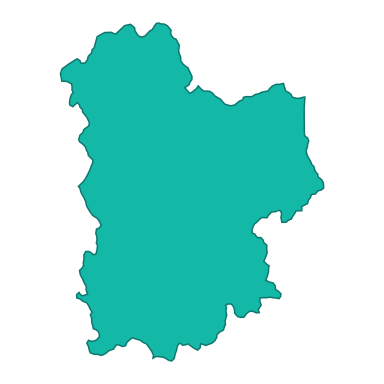 Afonso Cláudio, Espírito Santo, Brazil (Albers equal-area conic projection)
{"feature_id": "56859067B17635890809013", "entity_name": "Afonso Cláudio", "entity_type": "district", "adm_level": 2, "iso_a3": "BRA", "parent_name": "Brazil", "parent_adm1": "Espírito Santo", "projection": "albers", "projection_center": [-41.127, -20.089], "detail": "fine", "context": "isolated", "style": "filled", "palette": "teal", "viewbox_px": 384, "rotation_deg": 0, "n_neighbors": 0, "source": "geoboundaries", "source_scale": "gbopen_adm2", "svg_char_len": 4526}
<svg xmlns="http://www.w3.org/2000/svg" viewBox="0 0 384 384"><path d="M62.3,68.6L60.4,73.6L61.3,77.9L61.8,81.2L65.5,81.3L67.8,81.8L71.6,84.0L72.1,87.2L72.0,90.0L73.2,92.6L71.6,94.3L70.1,98.3L69.5,102.4L69.8,105.0L72.8,106.7L75.3,104.4L77.6,102.5L79.4,105.0L80.2,107.5L82.5,109.6L82.5,112.0L84.5,114.3L87.0,117.6L88.1,119.9L89.5,123.4L88.3,126.4L85.8,128.0L83.8,129.6L82.9,132.5L79.9,135.2L78.7,139.8L80.0,142.2L82.3,143.7L85.2,146.6L86.4,149.9L87.8,152.6L88.3,155.3L90.4,157.7L92.9,159.8L92.6,163.1L91.5,165.5L90.1,169.3L87.8,174.3L85.2,179.1L83.0,182.0L80.8,184.1L78.4,186.4L80.0,188.4L80.7,191.6L82.4,195.1L84.1,197.9L85.8,202.0L86.5,205.6L88.0,208.4L90.4,212.4L92.2,214.8L94.5,216.8L96.6,217.7L98.8,220.4L101.2,225.1L99.4,227.8L96.5,229.1L95.8,233.3L96.9,236.8L97.0,239.9L96.3,243.0L97.5,245.5L97.1,249.1L96.1,253.6L93.7,254.9L91.6,253.1L89.1,251.5L85.8,251.5L83.9,254.7L84.0,258.9L83.3,262.4L83.5,265.6L82.0,268.1L79.5,270.5L80.4,275.0L82.6,279.0L84.2,282.8L86.3,286.4L86.1,289.8L87.6,294.1L85.3,294.9L82.6,295.9L80.4,294.5L79.0,292.4L76.6,294.7L76.8,298.0L79.9,298.9L82.9,301.2L87.0,303.0L89.0,306.4L90.2,309.3L92.2,312.1L90.4,314.6L91.6,318.4L91.8,322.4L92.8,326.1L93.3,328.7L96.0,329.7L98.2,331.4L99.2,333.8L99.4,336.6L97.2,339.3L95.1,340.7L91.5,341.4L88.6,340.3L86.8,343.1L88.5,346.5L89.3,350.2L90.2,352.7L94.5,354.4L97.7,354.4L101.3,355.4L103.9,354.4L106.5,352.9L108.4,351.0L110.9,350.0L113.4,349.2L115.0,346.7L116.9,344.6L119.4,345.2L122.5,346.5L125.5,345.8L126.9,342.4L130.0,339.5L132.4,337.8L136.2,339.1L140.1,340.2L143.3,342.5L146.3,343.8L148.0,345.9L149.7,348.4L151.7,351.3L153.5,355.2L153.0,358.2L155.9,356.5L159.2,356.7L163.3,357.2L165.9,358.5L168.4,360.1L171.7,361.0L174.3,358.4L175.1,354.3L176.6,350.0L177.1,346.9L178.3,344.3L180.5,343.2L182.4,345.2L185.4,344.9L188.1,343.9L191.3,346.3L193.9,348.2L197.8,350.1L200.2,347.6L200.6,343.8L203.0,344.3L205.7,345.5L208.1,344.5L212.1,343.1L214.9,340.6L216.7,337.5L217.0,334.7L219.6,332.1L223.4,330.1L224.4,326.9L225.5,324.5L225.1,321.2L226.0,317.9L226.7,314.8L225.9,311.5L226.5,307.9L225.5,305.6L228.0,303.9L231.5,304.1L233.5,306.8L234.4,309.3L234.8,313.3L237.8,316.7L241.1,317.4L244.1,317.1L246.5,313.7L249.4,311.4L252.9,311.3L256.3,312.9L259.3,312.6L258.3,309.8L259.8,307.2L261.2,305.1L259.8,301.4L260.1,297.9L262.8,297.7L266.6,297.7L270.0,297.2L272.7,297.7L275.9,298.0L279.1,298.6L280.6,296.5L280.9,293.7L278.5,291.4L275.4,289.3L275.4,286.2L273.1,282.9L269.4,282.1L265.7,280.3L267.1,276.9L268.5,271.9L268.5,269.0L269.1,265.9L266.3,263.8L263.8,261.3L265.6,257.2L267.2,252.8L266.7,249.2L266.8,245.1L263.9,242.6L263.0,239.8L260.6,237.5L257.6,237.7L256.0,235.9L254.6,233.9L252.3,233.2L252.0,230.1L253.1,226.7L254.1,224.4L256.2,222.7L258.5,220.4L260.2,218.7L262.2,217.5L264.6,217.7L267.1,217.7L268.5,215.2L271.6,212.0L275.4,211.7L278.3,210.4L280.7,211.0L281.6,214.0L280.9,217.5L281.9,222.3L286.2,222.2L288.5,220.1L291.3,219.1L292.8,216.2L294.8,213.4L296.0,210.9L298.6,210.8L301.8,210.8L301.7,206.5L305.3,204.7L307.6,203.5L308.4,200.0L310.4,197.8L311.3,194.6L315.5,193.9L317.8,190.9L321.3,190.0L323.6,188.2L323.6,185.4L323.3,182.6L321.4,179.5L318.0,176.8L317.7,174.0L316.0,172.4L314.8,170.0L313.8,166.4L311.9,164.7L310.9,162.0L309.7,159.8L308.1,157.2L306.8,154.0L306.1,150.5L307.4,147.0L307.7,144.2L308.7,141.0L307.6,137.9L305.3,136.5L304.4,134.2L304.2,117.4L304.2,108.0L304.9,97.0L302.5,97.4L299.7,98.3L296.1,98.3L292.3,97.1L291.1,94.5L288.6,92.4L285.9,91.2L284.5,87.2L283.5,83.4L279.7,84.3L275.7,84.4L272.2,86.2L269.8,88.4L268.1,90.9L264.8,91.6L261.1,92.4L259.1,93.7L255.7,94.3L251.5,96.8L248.1,96.6L245.7,96.7L243.4,97.4L242.7,99.9L239.7,100.9L237.3,102.8L234.7,105.0L230.4,105.8L224.9,104.2L222.6,101.7L220.5,99.2L217.5,97.5L214.7,95.8L212.4,93.0L209.8,91.4L206.9,91.1L204.1,91.2L201.7,89.6L200.0,87.8L198.2,85.9L196.5,88.6L194.2,90.4L192.2,92.1L189.7,93.3L187.1,90.4L184.8,87.7L186.9,86.3L189.3,84.6L189.8,82.2L191.8,79.8L192.0,76.5L190.0,72.1L187.8,67.7L185.1,65.9L182.4,63.4L180.7,60.3L180.6,56.7L179.2,53.5L178.6,50.7L179.1,47.6L179.2,45.1L177.6,42.2L176.1,39.2L173.8,38.4L171.7,36.0L170.6,33.1L171.1,30.4L169.3,28.0L167.2,25.6L164.0,24.0L161.2,24.0L158.9,23.0L156.3,23.5L154.5,25.9L152.3,29.6L149.9,30.8L147.6,33.3L145.0,36.0L141.6,37.2L138.2,35.7L136.3,32.8L134.8,30.4L134.7,28.0L133.0,26.4L130.5,24.3L124.7,25.6L115.4,34.3L111.2,32.3L108.4,32.4L104.9,32.5L102.2,33.8L97.2,36.6L94.1,47.9L92.2,49.6L91.5,53.0L88.3,56.2L87.4,59.8L85.2,62.9L81.1,63.4L79.9,60.5L77.1,58.8L68.0,64.5L64.9,66.9L62.3,68.6Z" fill="#14b8a6" stroke="#0f766e" stroke-width="1.5"/></svg>